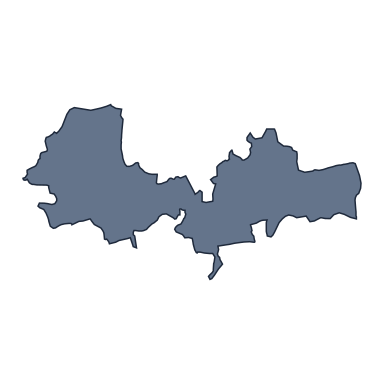 Dikirnis, Ad Daqahliyah, Egypt (Equal Earth projection)
{"feature_id": "37247803B48136170412055", "entity_name": "Dikirnis", "entity_type": "district", "adm_level": 2, "iso_a3": "EGY", "parent_name": "Egypt", "parent_adm1": "Ad Daqahliyah", "projection": "equal_earth", "projection_center": [31.667, 31.093], "detail": "fine", "context": "isolated", "style": "filled", "palette": "slate", "viewbox_px": 384, "rotation_deg": 0, "n_neighbors": 0, "source": "geoboundaries", "source_scale": "gbopen_adm2", "svg_char_len": 5609}
<svg xmlns="http://www.w3.org/2000/svg" viewBox="0 0 384 384"><path d="M356.4,218.9L356.4,216.7L356.0,215.8L356.0,214.1L356.0,212.0L355.7,209.0L355.0,200.1L355.4,197.6L356.5,195.1L358.7,193.4L360.6,188.3L361.0,183.2L359.5,175.6L355.9,165.4L355.2,163.6L353.0,162.8L349.7,163.1L348.6,163.5L346.8,163.9L344.6,164.3L343.9,164.3L340.9,165.1L339.1,165.1L336.2,165.6L332.9,166.7L328.1,167.9L326.5,168.5L323.0,169.6L319.0,170.4L315.7,169.9L314.6,169.9L313.8,170.3L312.7,171.1L304.7,172.3L303.4,171.8L301.0,171.0L298.5,170.1L296.7,161.6L297.1,158.6L297.1,156.1L297.1,154.0L296.7,151.8L295.6,151.4L292.7,150.1L291.6,147.5L289.4,146.6L286.9,146.2L283.6,146.1L277.8,141.8L276.0,132.9L274.8,129.9L274.5,129.1L273.4,129.0L269.8,129.0L267.6,129.0L266.7,129.0L265.6,131.4L262.0,137.8L255.3,139.0L252.9,137.2L250.2,133.0L248.6,135.3L248.1,135.9L247.0,137.6L247.0,139.4L247.0,140.2L247.7,141.0L248.8,141.9L250.3,142.8L251.4,143.2L251.7,146.6L249.9,149.1L250.6,152.5L250.2,154.2L250.2,154.6L247.7,158.0L244.0,160.1L243.1,160.1L242.2,160.0L241.8,159.2L240.0,157.5L236.0,155.7L233.0,154.0L232.7,152.7L232.5,152.1L232.0,150.2L231.6,150.2L229.5,152.7L229.5,153.1L229.0,156.5L229.4,159.0L229.0,159.0L228.6,159.9L227.5,160.7L226.4,160.7L225.3,160.3L224.2,161.1L223.1,161.5L222.7,161.8L221.6,162.8L220.2,163.6L218.3,165.3L216.9,167.0L217.2,175.9L215.7,176.7L213.9,177.1L210.6,179.6L213.5,183.5L215.7,183.9L212.7,194.1L213.0,199.2L212.7,201.3L210.1,201.7L209.6,201.8L206.1,202.5L202.1,201.6L202.1,199.8L202.1,195.2L202.1,193.5L202.1,192.2L199.9,190.5L199.2,190.9L198.1,192.2L195.1,194.3L194.8,193.4L185.7,175.9L185.4,176.0L180.6,178.0L179.1,177.5L178.0,176.7L175.8,177.1L175.5,177.5L174.3,179.2L173.3,179.2L172.2,178.7L171.4,178.3L170.0,178.3L168.9,179.1L167.0,181.6L165.3,182.2L163.3,182.9L161.5,183.7L158.2,184.1L156.8,183.6L156.4,182.8L156.8,178.6L157.2,175.2L157.2,174.3L155.7,174.3L153.5,174.3L152.0,174.3L148.8,173.8L146.6,172.9L144.7,172.1L142.2,169.5L140.0,167.8L138.9,165.6L138.5,164.3L138.6,163.5L137.8,162.6L135.6,163.0L133.5,164.7L132.3,165.5L129.4,166.4L126.8,166.3L125.0,164.2L123.9,161.6L122.8,158.2L122.5,155.7L122.3,154.6L122.1,153.6L121.1,148.9L121.1,145.1L121.2,143.8L121.4,142.1L121.1,140.8L121.5,137.8L121.6,134.9L121.9,131.1L121.9,130.6L122.8,121.6L123.0,119.2L121.6,117.5L120.5,115.4L121.6,109.2L119.8,108.9L116.1,108.4L115.7,108.3L112.4,106.4L111.3,105.9L110.7,104.6L106.6,106.3L101.4,107.9L96.3,109.1L90.8,110.3L85.3,109.4L74.3,107.6L71.0,109.2L69.9,109.7L66.9,114.3L65.1,118.9L62.1,126.6L58.8,131.2L56.6,133.3L56.2,132.9L54.8,132.4L54.3,132.0L54.0,132.4L52.6,134.1L50.7,135.3L49.6,136.2L47.8,137.0L46.3,137.4L45.7,139.0L45.6,139.5L45.2,141.2L46.3,145.9L47.4,149.3L47.0,151.0L46.2,151.4L44.8,151.8L41.8,152.6L40.7,153.5L40.0,156.0L40.0,158.6L39.3,159.0L38.5,159.8L38.1,160.7L37.8,162.4L35.9,165.7L34.5,166.6L33.1,167.2L32.6,167.4L29.5,168.9L27.1,170.3L27.1,170.8L27.1,172.4L27.5,174.1L25.2,177.5L23.0,178.3L23.4,179.6L24.1,180.1L26.0,180.1L27.1,179.2L27.8,180.1L29.3,182.7L30.4,183.5L32.2,184.4L33.6,184.4L36.9,184.9L46.8,185.1L48.7,185.8L48.7,187.5L50.1,193.1L54.1,194.0L55.6,196.1L56.7,198.6L56.7,199.2L56.7,200.8L54.8,203.7L51.9,204.5L50.2,204.2L47.5,203.6L44.2,203.2L39.4,203.1L38.7,204.6L38.0,206.1L39.8,207.8L40.9,208.2L43.8,209.5L46.0,213.0L47.8,217.2L48.5,219.4L48.9,221.5L50.3,226.2L53.3,228.3L55.5,227.9L56.0,227.6L57.3,226.7L59.5,225.4L61.3,224.6L64.6,223.8L69.0,223.4L70.1,223.4L70.9,223.4L72.0,224.3L72.0,224.7L76.0,222.8L78.9,221.4L83.0,221.0L89.6,219.0L90.3,219.0L90.9,219.9L91.4,220.7L94.3,224.5L94.5,224.6L100.9,228.0L102.5,230.2L102.7,230.6L103.1,231.2L103.8,232.7L104.1,234.8L104.5,239.1L105.6,239.5L106.7,239.1L107.8,240.4L108.4,241.3L108.9,242.1L109.4,243.8L115.7,242.2L119.0,240.5L127.8,238.5L130.3,237.7L132.9,245.4L133.2,246.6L136.5,247.9L134.7,236.0L133.3,234.7L133.3,232.2L134.0,230.5L135.5,230.5L138.8,231.0L141.7,231.0L143.6,230.6L146.5,229.4L148.3,227.3L152.0,223.9L154.2,222.7L155.7,221.4L156.8,220.5L157.2,220.2L158.3,218.1L158.6,217.2L159.4,216.4L162.3,214.3L165.2,214.0L166.4,213.9L173.3,217.8L174.8,219.1L176.2,218.7L177.3,216.6L178.4,214.9L179.9,214.9L179.9,211.1L179.6,209.8L179.9,209.0L181.0,209.0L182.1,209.9L183.9,210.3L185.0,210.3L185.0,212.4L185.8,214.1L184.6,218.0L183.9,218.4L182.8,220.9L181.0,223.9L180.2,224.3L178.0,225.1L176.5,226.3L175.4,227.6L174.7,229.3L176.2,231.9L182.4,234.5L183.5,235.8L184.8,237.8L188.6,237.5L191.7,238.3L192.2,238.4L192.6,240.1L193.0,242.3L193.3,244.4L194.8,249.9L195.8,251.6L196.2,252.5L197.1,253.0L197.7,252.1L200.2,252.1L204.3,253.0L209.4,253.5L211.6,253.5L212.7,253.5L214.9,257.0L214.1,262.5L213.7,263.3L213.3,269.3L213.3,270.1L213.3,271.0L213.0,271.4L212.2,272.6L210.0,274.7L208.5,276.4L210.0,279.4L211.8,278.6L214.4,275.2L218.5,268.9L221.4,265.5L222.5,264.1L220.0,259.6L219.6,257.4L218.2,256.2L217.4,254.0L218.2,251.1L218.6,249.4L218.2,247.7L217.9,246.1L218.6,246.0L226.9,244.7L229.2,244.4L234.7,243.2L243.9,242.0L249.7,241.7L253.7,242.2L254.6,242.2L254.9,241.3L254.5,240.1L254.1,238.4L253.8,236.2L252.3,234.5L251.2,231.9L252.0,230.7L251.3,227.3L250.5,225.2L250.5,224.7L256.4,223.1L259.3,221.4L261.2,220.6L263.0,220.2L267.0,220.0L266.7,220.7L266.3,222.8L266.3,231.3L266.6,233.0L267.0,234.3L267.3,236.0L271.0,236.9L272.8,235.2L274.7,231.8L279.1,222.6L282.4,218.8L285.4,216.3L288.7,215.0L293.1,215.9L296.7,217.7L306.2,216.1L310.0,221.7L311.2,221.5L314.1,221.0L314.5,220.9L317.1,219.5L320.5,217.8L320.9,217.7L322.2,217.9L325.2,218.5L330.2,218.6L331.4,217.3L333.7,214.8L334.6,214.4L339.2,212.8L342.8,213.9L344.2,214.3L350.3,217.3L350.9,217.5L354.6,218.4L355.2,218.6L356.4,218.9Z" fill="#64748b" stroke="#1e293b" stroke-width="1.5"/></svg>